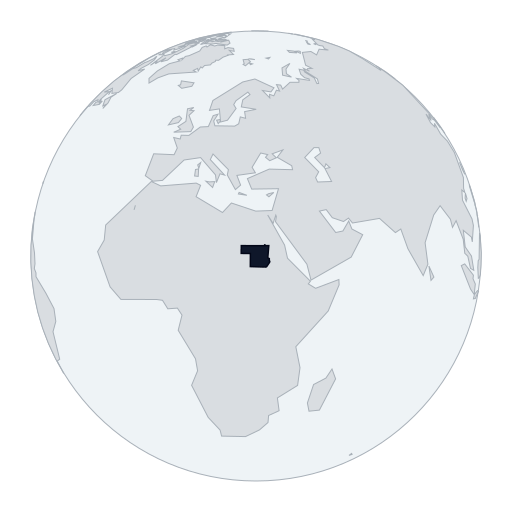 globe centered on Northern
{"feature_id": "SDN-878", "entity_name": "Northern", "entity_type": "State", "adm_level": 1, "iso_a3": "SDN", "parent_name": "Sudan", "parent_adm1": "", "projection": "orthographic", "projection_center": [29.004, 19.383], "detail": "fine", "context": "on_globe", "style": "filled", "palette": "ink", "viewbox_px": 512, "rotation_deg": 0, "n_neighbors": 0, "source": "natural_earth", "source_scale": "10m", "svg_char_len": 10536}
<svg xmlns="http://www.w3.org/2000/svg" viewBox="0 0 512 512"><circle cx="256" cy="256" r="225" fill="#eef3f6" stroke="#a8b0b8"/><path d="M268.5,31.1L263.0,30.9L251.3,30.8L268.5,31.1ZM231.6,32.0L226.8,32.7L197.9,38.5L200.3,38.1L190.8,41.0L190.0,41.9L184.9,43.4L188.7,42.9L193.5,41.4L196.8,40.9L196.8,41.5L190.2,43.2L189.3,43.2L187.4,44.0L184.1,44.8L185.7,44.7L177.8,47.2L185.5,45.8L179.1,48.6L173.9,50.1L174.6,48.6L164.4,50.4L159.3,52.5L151.4,56.5L136.0,66.1L130.4,69.5L122.5,75.2L125.5,73.5L132.7,68.7L136.3,67.7L144.7,62.6L147.4,61.7L156.0,57.6L154.4,59.9L148.2,64.6L141.0,68.4L138.1,70.8L144.7,69.0L131.1,78.5L121.8,89.8L118.4,92.5L111.9,93.4L112.5,88.2L104.2,92.1L109.3,91.6L100.5,99.4L98.9,101.8L99.2,103.0L102.4,101.0L99.3,104.4L93.2,105.5L95.9,102.3L97.8,101.8L98.0,99.7L93.8,101.7L89.7,106.1L87.7,106.4L84.7,109.8L82.7,112.1L87.5,106.5L79.8,115.7L90.3,103.4L101.7,91.9L113.8,81.2L126.7,71.5L140.3,62.7L154.5,54.9L169.1,48.1L184.3,42.4L199.8,37.8L215.6,34.4L231.6,32.0ZM35.1,211.8L34.7,215.4L34.2,217.5L32.4,238.9L34.5,253.0L35.0,263.8L34.3,268.5L36.0,272.9L36.0,276.7L46.0,293.4L54.0,308.6L55.8,321.4L53.0,331.7L59.7,359.2L57.2,361.1L62.7,371.7L63.8,373.5L55.6,358.8L48.5,343.6L42.5,327.9L37.7,311.8L34.2,295.4L31.9,278.7L30.8,262.0L31.0,245.2L32.4,228.4L35.1,211.8ZM156.3,56.7L156.1,57.1L154.6,57.6L156.3,56.7ZM160.1,54.7L158.5,55.0L160.1,54.1L161.1,53.9L160.1,54.7ZM161.8,54.6L163.1,52.5L166.0,51.0L172.0,49.3L161.8,54.6ZM296.8,34.4L295.2,34.2L294.4,34.0L296.8,34.4ZM195.1,40.8L189.9,42.3L194.2,40.6L195.1,40.8ZM197.0,39.9L205.6,36.6L213.2,35.0L208.8,36.2L218.7,34.3L218.2,35.0L212.6,36.3L207.8,37.0L211.3,36.9L197.0,39.9ZM290.3,33.5L288.4,33.3L290.3,33.5ZM198.5,40.5L199.5,39.8L206.2,38.3L205.3,39.6L203.4,39.6L198.5,40.5ZM221.5,33.6L226.3,33.0L227.2,33.3L229.2,33.2L218.8,34.9L221.5,33.6ZM201.9,40.2L204.6,40.3L201.5,41.6L197.9,41.2L201.9,40.2ZM208.3,37.5L211.4,37.0L209.4,37.6L208.3,37.5ZM191.8,47.2L192.9,45.9L196.5,44.9L191.8,47.2ZM205.9,40.3L207.0,39.8L208.5,39.4L209.6,39.8L205.9,40.3ZM220.2,35.3L219.5,35.7L224.5,34.6L225.3,35.2L218.2,36.3L221.7,36.1L222.0,36.3L215.9,37.1L220.2,35.3ZM215.4,39.1L206.7,41.4L203.8,43.7L200.5,44.5L205.7,40.7L215.4,39.1ZM216.2,37.8L214.9,38.7L211.5,39.0L210.3,38.6L216.2,37.8ZM228.5,35.3L229.0,34.0L230.5,33.9L228.5,35.3ZM215.2,39.6L217.3,39.1L215.4,39.8L215.2,39.6ZM225.2,36.4L225.1,35.9L226.9,35.7L225.2,36.4ZM221.6,38.7L218.8,39.3L217.8,38.9L221.6,38.7ZM223.8,37.6L226.2,37.5L219.2,38.4L223.5,37.3L223.8,37.6ZM226.8,36.3L227.8,36.1L226.6,36.6L226.8,36.3ZM226.8,40.0L218.2,41.4L216.1,40.4L224.7,39.2L226.8,40.0ZM337.7,46.1L337.3,45.9L341.2,47.5L348.7,50.7L349.4,51.0L362.5,58.6L381.0,70.5L379.1,68.1L383.6,70.6L402.9,85.3L427.3,111.6L433.4,117.9L437.5,123.1L440.3,127.9L434.5,120.2L432.4,119.0L428.6,114.3L431.2,120.5L426.0,114.1L430.5,122.6L434.8,126.9L434.5,123.3L440.7,134.2L447.4,141.1L454.3,152.4L463.4,177.5L463.6,188.4L464.9,192.6L461.8,190.0L462.5,200.2L472.0,218.9L473.4,225.5L472.3,241.9L471.4,237.1L463.3,230.3L465.2,246.9L471.5,256.1L473.8,270.3L470.5,268.4L467.8,256.2L464.8,253.3L463.2,239.2L456.1,220.7L452.5,227.4L450.4,219.2L440.1,205.7L433.7,215.0L425.1,242.7L427.9,264.2L423.2,275.6L407.9,248.7L400.8,229.0L395.4,232.6L379.5,218.4L352.5,223.0L348.5,218.1L343.5,221.5L332.3,217.7L326.2,209.6L319.4,211.1L335.7,232.5L342.9,231.0L348.7,221.0L351.9,229.0L362.7,234.7L351.2,257.1L311.0,280.1L306.9,264.2L275.5,221.7L276.4,216.6L276.2,216.1L275.8,215.1L273.1,223.4L267.7,215.0L284.6,245.1L287.5,258.2L310.4,281.2L308.3,283.9L315.6,288.3L338.9,279.5L339.1,284.9L328.2,311.0L295.8,346.7L300.0,367.7L297.6,385.4L277.4,397.9L279.1,410.7L268.6,415.5L268.0,422.5L259.5,429.9L245.5,436.6L221.6,436.1L220.1,430.1L208.2,417.4L191.6,385.3L197.6,370.8L195.5,358.8L178.2,330.3L182.0,315.1L177.4,308.1L167.8,308.8L162.5,300.3L156.7,299.5L120.9,299.4L110.1,286.9L97.6,251.6L104.2,240.1L105.7,225.0L151.3,181.5L160.7,185.9L196.2,183.1L200.6,185.3L196.1,196.7L222.5,212.5L231.4,203.0L255.7,211.1L272.1,210.5L278.5,188.7L251.7,189.1L247.4,178.6L269.2,169.1L292.6,169.7L291.7,165.7L277.2,157.3L282.9,149.9L272.2,153.8L276.3,157.8L269.7,160.7L265.5,157.3L267.7,154.6L260.7,153.0L252.1,167.3L255.4,172.8L236.9,175.4L240.6,185.1L235.4,189.6L227.3,175.0L228.4,169.6L213.0,154.0L210.3,159.6L224.6,175.1L220.0,173.8L216.4,182.6L215.5,174.9L200.6,157.6L184.1,160.0L162.5,180.4L153.0,181.2L145.3,175.7L153.7,153.8L174.1,154.7L177.3,148.0L173.7,137.5L180.2,139.0L181.2,135.2L188.9,135.4L200.3,127.0L208.3,126.6L213.2,115.6L218.0,114.2L213.7,120.9L214.9,125.8L234.7,126.1L238.7,123.8L240.3,116.9L245.6,118.3L244.6,111.6L256.2,109.3L241.3,106.9L242.8,99.8L250.0,94.6L247.9,92.1L236.0,100.7L233.7,104.6L236.1,108.5L227.5,120.2L220.6,122.0L219.4,108.9L209.5,110.4L212.9,100.5L242.7,82.0L254.9,79.0L274.0,87.8L270.9,91.9L262.5,90.5L269.8,97.9L269.5,94.3L273.8,95.8L276.4,90.2L279.6,91.1L276.5,84.6L280.7,85.1L282.6,89.1L290.0,82.3L298.9,82.3L299.0,80.4L296.6,78.4L309.5,80.4L309.0,78.9L304.6,77.7L300.8,74.3L299.1,69.2L303.6,70.1L304.8,72.1L314.3,78.0L316.9,83.6L318.6,83.5L317.4,78.9L305.9,71.6L303.6,68.4L309.5,71.2L307.2,69.9L307.4,68.7L312.0,68.4L305.6,65.2L302.4,52.4L310.9,51.5L316.6,54.9L319.1,49.2L328.4,50.1L324.4,48.7L322.8,46.0L319.9,45.6L317.8,44.9L312.6,39.5L314.9,39.5L308.0,37.0L305.9,36.5L303.8,36.3L295.2,34.2L296.8,34.4L317.5,39.3L337.7,46.1ZM135.4,205.3L134.1,209.7L134.1,209.8L135.4,205.3ZM317.6,182.0L331.6,181.5L325.0,168.6L329.9,167.6L325.9,163.8L324.5,167.7L314.7,157.5L320.6,153.1L318.8,147.6L314.0,147.6L304.7,157.5L318.7,171.8L315.6,177.6L317.6,182.0ZM34.7,215.4L34.2,218.8L34.2,217.5L34.7,215.4ZM43.6,181.0L42.7,183.8L42.9,182.9L43.6,181.0ZM100.9,99.3L101.2,99.3L100.8,101.1L99.5,101.5L100.9,99.3ZM108.0,103.0L102.8,108.5L105.6,104.6L102.8,105.9L105.0,99.7L116.7,93.5L111.0,97.2L108.0,103.0ZM111.3,90.6L108.5,94.7L111.1,90.5L111.3,90.6ZM179.3,116.0L181.7,118.5L178.4,122.6L168.4,124.9L173.0,118.7L179.3,116.0ZM185.9,121.4L187.5,108.8L193.8,107.5L190.0,110.3L194.0,110.7L189.0,115.3L193.4,127.1L190.8,131.6L173.7,132.2L180.7,129.2L177.9,126.6L185.9,121.4ZM180.6,84.8L181.4,80.9L194.0,82.8L191.8,86.3L181.7,88.3L178.3,85.4L180.6,84.8ZM172.2,52.7L171.7,52.2L173.5,51.6L175.5,51.5L172.2,52.7ZM192.1,46.6L176.4,54.6L175.0,54.3L167.5,60.1L160.9,61.8L166.0,57.8L155.3,63.8L157.3,60.9L150.4,65.3L162.4,56.3L163.8,54.4L164.8,55.7L170.8,54.1L173.8,52.9L183.3,48.3L189.1,44.1L196.0,42.5L199.3,42.4L199.0,43.2L194.6,43.9L197.3,44.4L190.7,46.0L192.1,46.6ZM234.2,51.3L229.3,50.4L233.5,54.5L227.0,55.0L227.9,55.4L223.0,57.2L218.6,60.3L215.7,60.2L215.3,61.5L212.0,63.0L210.4,64.9L204.6,65.5L202.2,68.0L200.8,66.9L198.2,71.1L197.6,68.4L193.3,70.4L196.2,72.0L168.8,73.9L157.8,77.9L149.0,83.1L149.0,78.4L157.3,71.0L169.3,63.7L179.9,60.9L178.0,59.7L182.5,58.1L182.1,59.7L185.4,56.4L189.0,55.7L199.7,51.0L202.2,47.4L206.2,45.9L207.0,47.0L210.4,44.8L214.7,46.0L217.6,45.1L224.8,45.7L224.7,48.8L228.0,47.6L233.6,48.4L234.2,51.3ZM228.7,40.2L230.0,43.2L227.1,45.1L215.9,43.4L212.6,44.0L205.3,43.7L209.7,41.0L211.4,41.3L214.0,41.0L211.6,41.9L215.5,41.0L218.0,41.5L221.7,41.0L221.1,42.0L228.7,40.2ZM205.9,181.2L209.3,181.9L214.7,181.6L212.6,187.5L205.9,181.2ZM195.5,169.5L198.6,168.9L198.2,176.4L194.6,176.0L195.5,169.5ZM200.7,162.5L198.8,168.3L197.7,164.9L200.7,162.5ZM216.6,120.2L220.0,119.5L220.3,121.2L218.2,123.6L216.6,120.2ZM245.4,65.8L243.1,64.4L244.2,63.7L243.1,59.7L247.9,59.3L250.4,61.6L245.4,65.8ZM273.8,192.5L268.9,196.8L266.5,194.9L268.6,193.7L273.8,192.5ZM239.1,192.4L246.9,195.3L238.4,194.0L239.1,192.4ZM250.4,64.7L249.5,63.0L252.5,63.9L250.4,64.7ZM251.3,58.9L254.9,59.6L248.4,58.8L251.3,58.9ZM351.6,453.4L352.1,454.4L349.0,455.4L351.6,453.4ZM335.6,378.9L319.4,410.1L309.0,411.2L307.4,403.0L313.6,384.5L325.9,378.1L332.0,369.0L335.6,378.9ZM478.5,291.2L475.3,298.5L473.4,298.9L474.4,294.5L477.5,290.6L478.5,291.2ZM474.2,294.6L470.5,289.0L461.3,265.6L464.7,263.9L473.4,275.2L473.0,278.7L475.3,284.0L474.2,294.6ZM481.0,264.7L480.4,274.6L479.2,277.9L478.3,278.3L477.8,267.5L478.2,260.7L479.1,259.3L479.5,232.8L480.3,235.7L480.8,246.2L481.3,252.7L481.0,264.7ZM428.9,266.0L433.9,277.1L431.0,280.4L428.9,266.0ZM477.5,216.2L478.8,227.4L476.9,213.5L477.5,216.2ZM475.0,203.9L476.0,208.2L475.0,204.8L475.0,203.9ZM467.0,198.6L466.2,201.3L465.1,198.2L465.4,193.1L467.0,198.6ZM459.5,162.3L463.5,171.1L464.8,174.4L462.5,169.8L459.5,162.3ZM289.9,63.4L286.0,69.0L286.4,73.7L291.5,77.1L282.6,75.2L282.0,67.9L289.9,63.4ZM300.4,53.4L295.8,51.2L298.8,51.0L300.3,51.5L300.4,53.4ZM296.9,52.9L289.4,52.4L287.5,50.4L293.8,51.1L296.9,52.9ZM269.9,57.4L268.5,59.0L266.1,58.1L269.9,57.4ZM477.6,215.6L477.7,215.8L477.6,215.3L477.6,215.6ZM477.2,213.6L476.2,208.5L476.1,208.1L477.2,213.6ZM475.0,203.3L474.6,203.0L469.5,186.4L469.3,184.6L473.3,197.4L474.8,202.4L475.0,203.3ZM436.8,121.7L438.9,124.6L439.8,125.7L445.0,133.5L441.2,128.1L434.4,118.5L433.6,117.4L436.8,121.7ZM395.3,79.0L380.2,68.4L376.2,65.8L386.0,72.0L395.3,79.0ZM292.8,34.0L290.6,33.7L291.9,33.8L292.8,34.0ZM316.2,44.8L313.6,43.7L315.2,43.6L316.2,44.8ZM307.2,41.0L307.3,41.8L305.3,40.5L307.2,41.0ZM307.9,44.1L306.4,42.0L310.5,44.6L307.9,44.1Z" fill="#d9dde1" stroke="#a8b0b8" stroke-width="1"/><path d="M264.9,245.7L265.1,245.7L265.5,245.7L265.9,245.7L266.3,245.6L266.7,245.6L267.0,245.6L267.4,245.6L267.8,245.6L268.2,245.6L268.5,245.6L268.8,245.6L267.8,257.7L267.8,257.8L269.3,258.6L269.3,260.3L269.7,261.3L269.7,261.5L269.8,261.8L269.4,262.6L266.7,266.6L265.8,267.1L265.3,266.9L265.1,266.9L263.8,267.0L250.3,266.6L250.4,253.5L241.2,253.4L241.2,252.9L241.2,252.6L241.2,252.2L241.2,251.8L241.2,251.4L241.2,250.9L241.2,250.5L241.2,250.0L241.2,249.5L241.3,249.0L241.3,248.5L241.3,248.0L241.3,247.5L241.3,247.0L241.3,246.5L241.3,246.0L241.3,245.6L241.7,245.6L242.1,245.6L242.4,245.6L242.8,245.6L243.1,245.6L243.5,245.6L243.8,245.6L244.2,245.6L244.5,245.6L244.9,245.6L245.2,245.6L245.6,245.6L246.0,245.7L246.3,245.7L246.7,245.7L247.0,245.7L247.4,245.7L247.7,245.7L248.1,245.7L248.4,245.7L248.8,245.7L249.1,245.7L249.5,245.7L249.9,245.7L250.2,245.7L250.6,245.7L250.9,245.7L251.3,245.7L251.6,245.7L252.0,245.7L252.3,245.7L252.7,245.7L253.0,245.7L253.4,245.7L253.8,245.7L254.1,245.7L254.5,245.7L254.8,245.7L255.2,245.7L255.5,245.7L255.9,245.7L256.2,245.7L256.6,245.7L256.9,245.7L257.3,245.7L257.7,245.7L258.0,245.7L258.4,245.7L258.7,245.7L259.1,245.7L259.4,245.7L259.8,245.7L260.1,245.7L260.5,245.7L260.8,245.7L261.2,245.7L261.6,245.7L261.9,245.7L262.3,245.7L262.6,245.7L263.0,245.7L263.3,245.7L263.7,245.7L264.0,245.7L264.4,245.3L264.6,244.9L264.8,244.8L265.0,244.9L265.1,245.0L265.0,245.3L264.9,245.7Z" fill="#0f172a" stroke="#020617" stroke-width="1.5"/></svg>